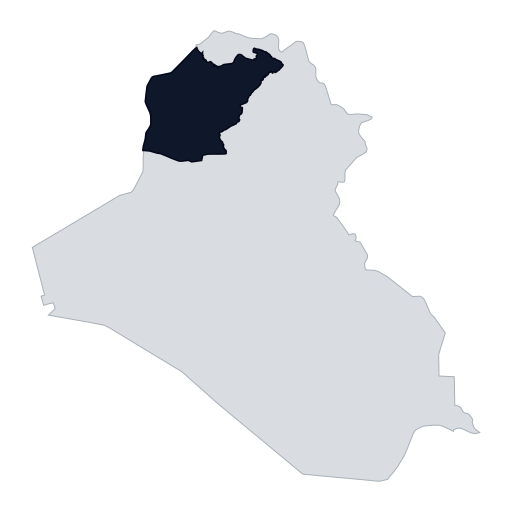 where Ninawa sits in Iraq
{"feature_id": "IRQ-3051", "entity_name": "Ninawa", "entity_type": "Province", "adm_level": 1, "iso_a3": "IRQ", "parent_name": "Iraq", "parent_adm1": "", "projection": "robinson", "projection_center": [43.286, 36.005], "detail": "fine", "context": "in_parent", "style": "filled", "palette": "ink", "viewbox_px": 512, "rotation_deg": 0, "n_neighbors": 0, "source": "natural_earth", "source_scale": "10m", "svg_char_len": 7946}
<svg xmlns="http://www.w3.org/2000/svg" viewBox="0 0 512 512"><path d="M196.0,45.0L200.3,43.9L208.4,37.4L213.1,31.3L214.6,30.7L218.9,32.7L221.9,33.3L228.9,31.0L233.0,32.2L236.5,33.7L238.4,33.8L247.8,37.6L250.1,38.1L255.0,38.5L262.1,38.7L266.8,36.3L270.0,33.9L272.3,33.9L274.6,34.5L276.4,35.5L278.0,37.3L278.8,39.9L278.5,48.0L279.2,50.2L280.5,51.7L282.1,52.0L284.1,50.3L287.5,47.7L291.7,44.9L294.8,42.3L296.6,41.3L299.4,41.4L302.2,41.9L303.7,43.1L303.7,43.5L305.2,47.4L309.0,61.7L311.1,63.5L313.6,65.0L315.3,67.2L315.9,69.3L315.8,72.6L315.8,76.5L316.9,79.4L318.3,81.7L319.5,82.8L321.5,82.9L323.8,83.5L325.3,85.7L330.4,102.0L330.9,104.1L333.0,104.8L336.4,104.5L339.9,106.2L343.7,108.8L347.3,113.8L349.7,114.6L357.1,113.9L367.3,114.7L372.1,117.2L371.6,118.8L367.9,120.6L361.5,122.6L359.6,126.1L358.6,130.7L358.8,133.3L360.4,136.1L365.1,141.6L365.3,143.7L366.2,146.5L367.1,148.4L366.2,152.1L362.0,154.7L356.6,157.5L345.7,170.0L344.9,172.7L345.0,180.1L344.0,182.2L340.5,182.1L337.8,181.8L337.7,184.4L335.9,187.8L335.0,190.8L339.1,197.9L339.8,201.6L339.2,205.1L335.5,210.9L333.3,214.9L333.8,215.8L336.8,217.4L346.0,230.3L348.9,234.9L352.8,233.7L354.2,233.8L355.3,234.5L356.0,236.0L356.1,238.0L355.1,240.9L360.0,242.1L361.8,245.0L367.6,255.1L367.4,258.1L364.7,262.9L364.7,266.1L365.3,268.9L366.2,269.9L374.7,270.3L378.3,271.5L387.1,276.6L397.2,284.5L405.5,291.0L412.5,296.6L420.0,296.2L422.0,297.2L423.9,298.9L426.1,303.4L430.5,313.7L434.2,317.1L439.9,325.3L445.3,333.1L442.0,343.5L438.7,354.4L438.9,368.5L439.0,376.0L446.2,376.4L454.2,376.7L454.4,385.7L454.6,394.8L454.8,405.2L457.2,405.6L461.0,407.8L462.6,411.2L464.6,413.0L467.1,413.3L469.5,415.0L471.9,418.0L472.8,420.2L472.2,421.8L472.8,424.5L474.5,428.4L476.5,430.2L479.7,432.5L475.4,433.8L470.9,432.8L461.0,428.2L457.8,428.1L453.7,429.8L453.5,431.4L443.1,426.3L439.4,425.3L438.0,425.2L432.1,425.2L423.7,426.1L418.7,428.2L415.3,430.4L413.8,432.6L413.2,433.7L410.6,440.1L407.5,448.2L404.3,455.6L398.1,465.9L394.7,470.6L387.3,479.5L379.2,481.3L360.4,479.5L339.6,477.6L318.9,475.7L303.5,474.2L302.3,473.8L287.1,461.1L275.0,451.1L260.0,438.6L244.6,425.9L229.1,413.0L217.8,403.6L204.2,391.5L191.7,380.5L182.0,371.8L169.4,364.2L159.6,358.3L145.3,349.6L133.9,342.7L124.2,336.8L109.2,327.7L104.2,325.2L88.6,322.2L73.8,319.6L58.5,316.9L48.4,315.1L55.2,308.7L53.2,302.8L48.3,303.9L43.7,305.3L41.1,296.2L44.6,295.1L41.6,283.3L38.4,271.2L35.4,259.4L32.3,247.4L45.3,239.7L55.0,234.0L68.5,225.9L81.6,218.1L94.0,210.7L107.6,202.6L119.9,195.3L131.0,192.3L133.4,190.0L138.5,180.1L142.9,171.6L143.1,169.6L143.2,157.6L144.1,143.5L145.6,135.9L148.1,129.3L150.4,124.4L150.7,119.8L150.4,115.2L148.1,108.2L145.7,101.0L146.1,94.0L146.5,90.2L148.1,84.2L150.8,79.8L153.6,77.1L164.1,74.3L170.3,72.6L178.7,64.9L183.6,60.3L190.5,52.9L195.6,47.6L196.0,45.7L196.0,45.0Z" fill="#d9dde1" stroke="#a8b0b8" stroke-width="1"/><path d="M146.6,105.3L145.5,102.6L145.3,101.7L145.3,100.8L146.9,87.2L147.2,85.8L151.3,78.2L152.2,77.0L153.5,76.4L156.4,75.9L170.4,73.1L171.6,72.5L172.8,71.5L192.5,51.2L195.4,48.5L196.8,47.5L197.1,48.6L197.7,49.9L198.5,51.1L200.2,52.7L201.0,53.3L201.8,53.3L202.6,52.3L202.6,53.1L202.4,54.2L202.5,55.1L203.2,55.3L202.9,56.4L203.0,56.9L203.4,57.3L203.8,58.2L202.7,58.3L202.5,58.9L202.9,59.3L203.8,59.0L205.2,59.7L206.0,60.2L206.6,61.9L207.3,62.2L209.2,62.3L209.4,62.2L209.6,61.9L209.9,61.7L210.3,61.6L210.8,61.7L211.2,62.0L212.6,63.5L213.3,64.2L213.8,64.4L214.1,64.4L214.5,64.5L214.9,64.9L213.9,65.3L213.5,65.6L213.3,66.0L213.6,66.4L214.1,66.4L215.7,65.6L216.1,65.7L216.7,66.0L217.0,66.3L217.3,66.6L217.7,67.5L218.0,66.8L218.5,66.5L219.0,66.4L219.6,66.4L220.2,66.5L223.9,64.5L229.7,63.8L231.5,63.6L233.0,62.9L233.7,62.4L233.9,61.5L234.3,60.6L234.7,59.4L236.0,57.2L237.4,55.6L237.7,55.1L238.3,54.6L239.1,54.4L240.8,54.6L241.5,54.9L242.2,55.5L242.8,56.1L244.1,57.0L244.9,57.8L246.3,58.4L252.8,60.1L253.5,60.2L253.8,60.2L253.9,59.7L253.9,59.4L254.0,59.1L254.2,58.9L254.5,58.8L254.9,58.7L255.7,58.9L255.8,59.1L256.0,59.0L256.1,58.9L256.3,58.3L256.4,57.9L256.4,57.7L256.3,57.3L256.3,57.0L256.3,56.9L256.3,56.6L256.3,56.4L256.2,56.1L256.4,55.9L256.6,55.7L256.9,55.5L257.2,54.8L257.3,54.5L257.3,54.3L257.3,54.0L257.2,53.7L257.0,53.3L256.7,53.2L255.7,52.9L255.3,52.7L255.0,52.6L254.3,52.6L254.1,52.6L253.8,52.4L253.4,52.1L253.3,51.9L253.2,51.8L253.2,51.6L253.1,51.4L253.1,51.2L253.1,50.8L253.2,50.4L253.3,50.0L253.4,49.5L253.4,49.4L253.4,49.2L253.6,48.8L253.8,48.6L254.0,48.4L254.3,48.2L254.5,48.2L254.7,48.3L255.5,48.7L256.0,48.9L259.1,49.4L260.4,49.9L261.8,50.2L264.6,51.7L265.7,51.9L265.9,51.9L266.2,51.9L266.4,52.1L267.4,53.0L268.3,53.6L269.0,54.1L269.5,54.4L269.8,54.6L270.0,54.9L270.1,55.2L270.2,55.4L270.4,55.8L270.3,56.0L270.1,56.0L270.1,56.3L270.8,56.3L271.0,56.3L271.4,56.5L271.6,56.9L271.7,57.1L271.6,57.4L271.6,57.5L272.0,58.2L272.1,58.3L272.5,58.3L272.7,58.2L272.9,58.2L273.3,58.3L274.6,58.5L274.8,58.5L275.0,58.7L275.2,58.9L275.4,59.2L275.7,59.4L279.9,61.2L280.7,61.8L281.0,62.0L281.3,62.2L281.4,62.4L281.4,62.9L281.5,63.1L281.9,63.6L282.1,64.0L282.3,64.6L282.5,64.7L282.8,64.5L283.0,64.6L283.1,64.9L283.1,65.2L282.9,65.7L281.3,67.7L280.0,68.8L279.3,69.9L278.5,70.2L278.2,70.4L277.0,71.5L276.2,72.0L275.6,72.4L275.2,72.5L275.0,72.4L274.9,72.3L274.9,72.1L274.7,71.9L274.2,71.8L273.5,72.1L273.4,72.1L273.2,72.1L272.9,72.3L272.9,72.6L272.8,72.8L272.8,73.0L272.6,73.1L272.3,73.0L272.2,72.8L272.2,72.6L272.2,72.4L272.3,72.2L272.3,71.9L272.2,71.8L271.8,71.9L271.6,72.0L271.4,72.0L271.1,71.9L270.8,71.7L270.7,71.4L270.6,71.2L270.4,71.3L270.4,71.6L270.5,71.8L270.6,72.0L270.4,72.2L270.2,72.1L269.9,72.1L269.5,72.4L268.4,73.7L268.2,74.2L268.1,74.4L267.9,74.6L267.4,75.0L267.1,75.4L266.5,75.9L266.2,75.9L265.9,75.7L265.7,75.5L265.6,75.4L265.3,75.6L265.3,76.0L265.3,76.6L265.2,77.0L265.0,77.3L264.6,77.4L264.3,77.4L263.2,77.3L262.9,77.6L262.9,78.2L263.0,78.4L263.1,78.6L263.2,78.8L263.2,79.0L263.2,79.5L263.0,79.8L262.6,80.1L262.2,80.3L261.9,80.4L261.6,80.4L261.1,80.3L260.9,80.3L260.8,80.6L261.0,81.1L261.0,81.6L261.1,82.4L260.8,83.5L260.0,84.8L258.1,87.0L257.4,87.6L256.6,88.2L256.2,88.3L255.6,89.1L254.6,89.5L254.2,89.8L253.9,90.3L253.3,91.2L252.9,91.7L251.5,92.9L251.3,93.3L251.0,93.9L250.5,95.0L249.6,95.6L249.3,95.7L249.1,95.8L248.9,96.3L248.8,96.7L248.7,97.1L247.7,98.8L247.6,99.3L247.6,99.6L247.7,100.7L247.6,100.9L247.5,101.2L246.8,102.2L246.4,102.6L240.5,105.0L240.2,105.6L240.4,106.9L240.9,107.4L241.6,107.5L242.2,107.5L242.4,107.9L242.4,108.9L242.0,112.6L241.5,113.7L241.2,114.0L240.8,114.1L240.5,114.1L240.2,114.3L240.0,114.6L239.0,116.8L238.9,117.4L238.9,117.9L238.9,118.2L239.7,119.9L239.2,120.3L239.0,121.5L238.5,121.7L237.9,121.8L237.3,122.0L236.9,122.4L236.3,123.6L235.6,124.1L234.7,124.3L233.9,124.9L230.9,126.1L225.5,129.8L224.7,129.8L224.3,129.9L223.9,130.2L222.8,131.1L222.3,131.5L221.0,132.0L220.8,132.0L220.7,132.0L220.3,132.1L220.2,132.1L219.9,132.2L219.7,132.3L219.6,132.5L219.4,132.8L219.3,133.0L219.2,133.1L219.6,133.7L220.0,134.8L220.1,135.2L220.0,135.5L219.8,136.0L219.6,136.3L219.4,137.1L219.4,137.5L219.5,137.9L219.8,138.3L219.8,139.0L219.9,139.3L221.1,140.9L221.5,141.2L222.2,141.7L222.4,142.0L222.6,142.4L222.6,142.8L222.7,143.2L223.2,144.6L223.3,144.7L223.4,144.8L223.5,144.8L223.6,144.7L223.7,144.9L223.7,145.1L223.5,145.6L223.4,145.9L223.4,146.3L223.3,147.2L223.3,147.5L223.4,147.8L223.5,147.8L223.9,147.8L224.0,148.2L224.4,148.9L224.4,149.2L224.5,149.3L224.8,149.4L224.8,149.6L225.1,149.7L225.1,149.8L225.0,150.1L225.3,150.2L225.5,150.2L225.6,150.3L225.9,150.3L226.1,150.8L226.1,151.0L226.2,151.5L226.3,151.7L226.2,151.9L226.0,152.5L226.2,152.9L226.3,153.2L226.2,153.5L225.7,153.8L224.0,154.0L207.9,154.1L202.7,155.3L201.6,160.5L191.7,161.9L190.4,161.3L188.8,160.5L188.0,160.4L181.6,161.2L178.7,161.0L172.7,158.7L160.4,153.6L157.3,153.2L149.7,151.0L143.9,150.5L142.9,150.5L142.9,149.2L143.4,145.9L145.3,139.2L145.8,133.9L146.2,132.3L149.9,126.9L150.6,125.3L150.9,123.6L150.7,116.2L150.5,114.4L150.0,112.6L146.6,105.3Z" fill="#0f172a" stroke="#020617" stroke-width="1.5"/></svg>